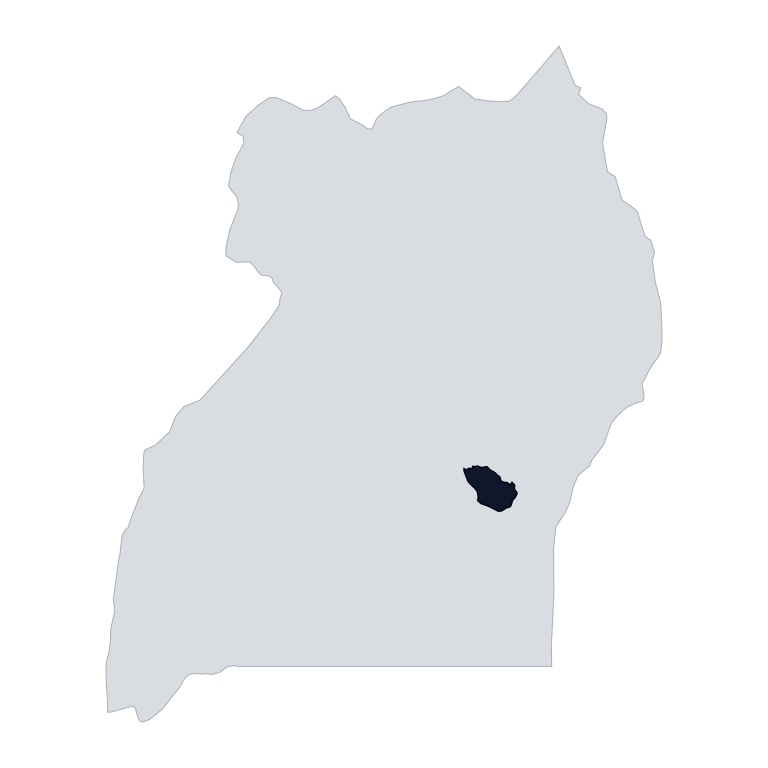 Jinja on a map of Uganda (Natural Earth projection)
{"feature_id": "UGA-3064", "entity_name": "Jinja", "entity_type": "District", "adm_level": 1, "iso_a3": "UGA", "parent_name": "Uganda", "parent_adm1": "", "projection": "natural_earth1", "projection_center": [33.327, 0.494], "detail": "fine", "context": "in_parent", "style": "filled", "palette": "ink", "viewbox_px": 768, "rotation_deg": 0, "n_neighbors": 0, "source": "natural_earth", "source_scale": "10m", "svg_char_len": 2890}
<svg xmlns="http://www.w3.org/2000/svg" viewBox="0 0 768 768"><path d="M551.7,666.4L540.5,666.4L522.2,666.4L504.0,666.4L485.7,666.4L467.5,666.4L449.2,666.4L431.0,666.4L412.7,666.4L394.5,666.4L376.2,666.4L358.0,666.4L339.7,666.4L321.5,666.4L303.2,666.4L285.0,666.4L266.7,666.4L248.5,666.4L237.7,666.4L235.5,666.0L234.0,665.5L227.1,667.0L220.0,672.2L212.4,674.4L204.3,673.5L203.3,674.1L199.2,673.9L193.3,673.6L187.9,675.0L183.9,679.5L179.7,687.3L172.2,696.3L166.4,704.2L161.4,709.9L150.0,719.2L143.8,721.9L140.7,721.5L138.8,719.8L135.2,707.9L133.0,706.0L110.9,712.1L107.5,712.2L107.9,708.5L106.2,680.5L106.0,663.4L108.9,652.7L110.5,640.3L110.7,629.4L114.8,610.9L113.3,599.8L118.5,560.8L119.9,554.5L122.0,535.7L125.2,529.9L128.1,527.6L131.9,516.0L139.2,497.6L144.2,488.1L143.1,467.3L143.9,453.2L145.1,450.0L155.8,444.8L169.7,431.7L175.6,416.4L183.9,406.6L200.0,400.2L247.7,347.5L269.9,319.1L279.6,304.5L279.9,299.3L281.8,292.4L277.9,287.1L273.3,282.2L271.8,277.7L267.8,275.5L262.1,275.6L258.3,272.3L254.0,265.9L249.8,261.9L236.2,262.2L225.8,255.7L226.0,246.8L230.0,229.3L238.0,209.2L238.4,203.7L237.3,198.9L235.4,194.9L231.8,190.9L228.5,186.1L231.1,171.6L236.1,157.5L240.1,150.4L244.1,142.5L243.0,136.0L237.2,132.7L240.2,126.4L246.5,115.7L258.7,104.9L269.4,97.7L276.5,97.7L290.4,103.4L303.0,110.2L309.9,110.5L318.3,107.7L335.6,95.7L339.8,99.5L344.9,106.8L350.4,118.9L361.3,124.4L366.6,128.2L370.3,129.3L372.4,128.3L376.5,118.8L381.6,113.7L390.8,107.1L411.2,101.9L425.8,100.4L432.0,99.2L442.4,96.2L458.7,86.5L474.8,99.0L492.2,101.4L509.2,101.3L514.3,97.5L517.3,94.6L535.1,74.0L559.1,46.1L575.1,85.4L580.6,87.7L579.9,91.1L578.5,94.5L589.0,103.9L601.9,108.9L606.5,113.7L606.9,119.0L602.6,142.0L603.4,148.6L607.5,171.6L615.2,176.8L622.0,200.0L635.8,209.8L637.8,212.6L641.0,223.9L645.2,236.2L648.5,239.0L650.5,239.8L654.6,252.8L652.2,260.2L655.4,282.5L660.6,302.4L661.9,326.2L662.0,336.7L661.8,343.1L660.7,352.2L658.2,357.4L653.8,362.5L649.0,370.5L644.7,379.1L642.0,383.3L644.1,396.2L643.6,399.5L642.5,401.2L636.2,403.1L628.2,406.6L623.4,410.0L616.6,416.5L611.1,423.6L603.8,444.3L591.6,460.5L589.6,465.8L578.1,475.5L573.1,487.3L569.9,501.9L565.4,512.4L555.8,526.7L553.6,549.4L553.9,594.6L551.3,646.1L551.7,666.4Z" fill="#d9dde1" stroke="#a8b0b8" stroke-width="1"/><path d="M477.6,466.0L479.3,466.9L481.7,467.5L487.0,466.7L490.6,470.3L493.3,471.6L495.8,473.4L496.6,474.2L497.4,475.2L499.7,476.7L500.4,478.8L500.9,480.9L503.8,482.3L507.2,482.6L510.2,484.9L512.0,482.3L514.7,485.1L514.4,487.7L514.9,490.1L516.5,491.8L517.0,493.8L515.2,497.4L512.6,500.3L511.6,503.7L510.7,506.1L509.3,507.2L508.0,507.4L506.5,507.8L501.9,510.8L498.7,511.4L489.2,506.6L487.0,505.7L481.0,503.5L477.8,500.8L478.2,496.5L477.5,492.1L475.1,488.6L469.1,482.7L467.7,480.6L464.1,471.1L464.0,468.6L466.6,469.9L468.9,468.2L472.1,468.9L472.6,466.4L475.2,466.6L477.6,466.0Z" fill="#0f172a" stroke="#020617" stroke-width="1.5"/></svg>